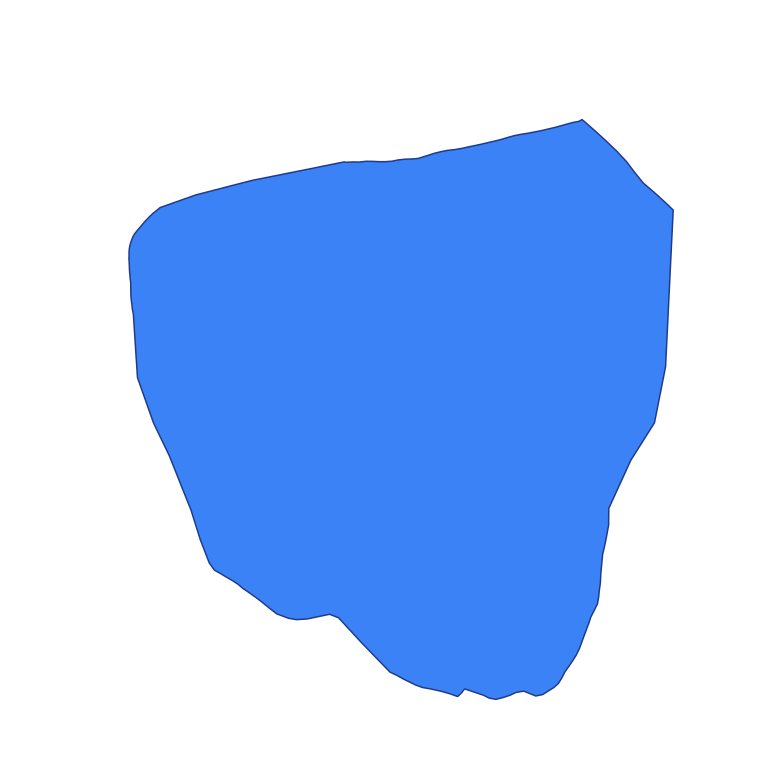 Markhah Al Olya, Shabwah, Yemen (Mercator projection), rotated 100°
{"feature_id": "15242507B22375918016424", "entity_name": "Markhah Al Olya", "entity_type": "district", "adm_level": 2, "iso_a3": "YEM", "parent_name": "Yemen", "parent_adm1": "Shabwah", "projection": "mercator", "projection_center": [45.924, 14.502], "detail": "fine", "context": "isolated", "style": "filled", "palette": "blue", "viewbox_px": 768, "rotation_deg": 100, "n_neighbors": 0, "source": "geoboundaries", "source_scale": "gbopen_adm2", "svg_char_len": 2252}
<svg xmlns="http://www.w3.org/2000/svg" viewBox="0 0 768 768"><g transform="rotate(100 384 384)"><path d="M274.4,652.9L276.0,653.8L278.9,655.4L279.3,655.6L281.9,656.6L285.4,657.4L288.8,658.0L292.1,658.3L295.1,658.3L298.3,658.0L302.2,657.3L305.1,656.9L307.9,656.2L311.5,655.4L314.8,654.7L317.8,654.0L320.6,653.2L323.4,652.5L326.4,651.6L329.4,650.7L332.2,650.3L335.0,649.7L338.0,649.2L341.4,648.5L344.3,647.7L347.0,646.9L350.0,645.9L353.2,645.1L356.4,643.8L359.4,642.8L420.5,627.9L462.4,604.2L491.9,583.0L541.8,552.1L569.7,537.6L590.6,525.0L596.8,518.6L599.0,512.3L601.5,505.9L603.7,499.7L606.4,493.3L609.8,487.5L613.1,480.2L616.1,473.9L619.2,467.7L622.6,461.7L625.7,456.0L629.1,449.5L630.0,444.1L631.3,437.3L631.3,429.5L628.7,418.8L620.2,397.5L622.1,388.2L642.9,360.9L666.8,327.9L668.5,321.3L671.2,313.6L673.2,306.7L675.0,300.3L676.2,293.3L676.2,286.5L676.4,279.8L676.8,272.4L676.9,272.2L677.6,265.3L678.8,258.4L678.8,257.0L674.4,253.8L671.6,252.5L670.3,251.3L673.2,232.1L675.1,225.7L675.1,218.9L672.1,212.3L668.7,205.9L664.9,200.6L662.2,193.1L663.5,186.8L664.9,180.4L662.3,173.8L657.9,169.0L653.6,164.2L648.5,160.2L642.4,157.8L636.3,155.9L630.1,153.0L623.9,150.2L622.7,149.7L617.8,147.7L610.6,145.6L603.9,144.4L597.6,143.3L591.3,142.1L589.3,141.8L584.3,140.8L577.3,139.8L570.6,137.7L563.5,135.6L556.6,135.6L550.1,136.1L541.9,136.4L534.4,137.4L526.5,138.1L513.7,139.1L507.1,138.7L498.9,138.4L483.6,138.3L483.4,138.4L467.4,141.0L416.2,127.7L375.3,110.9L318.2,109.7L162.5,129.4L156.0,139.1L148.7,150.7L141.1,163.5L132.2,173.8L122.7,184.0L114.2,195.4L106.3,207.2L98.4,219.6L91.4,231.1L89.2,234.9L91.4,237.5L93.8,243.7L96.4,249.3L98.9,254.4L101.6,260.1L104.2,266.2L106.9,272.4L109.4,278.8L110.8,282.6L112.5,287.1L114.4,292.7L116.8,298.8L119.8,305.1L123.0,311.4L125.8,317.8L128.7,324.6L131.1,330.2L133.7,336.6L135.9,342.2L138.3,347.9L141.0,355.4L142.9,362.1L145.5,368.7L147.9,374.1L150.2,378.5L150.6,379.2L153.4,384.6L156.0,389.7L157.6,395.8L159.0,402.5L160.9,409.0L163.2,414.8L164.9,421.6L165.9,427.5L166.7,433.7L167.8,440.4L169.6,446.5L170.8,453.5L172.3,460.2L172.2,461.8L204.2,543.6L206.2,548.8L215.3,568.9L230.5,602.2L249.1,635.1L251.4,637.0L256.0,641.1L260.7,644.5L265.5,647.7L274.4,652.9Z" fill="#3b82f6" stroke="#1e3a8a" stroke-width="1.5"/></g></svg>